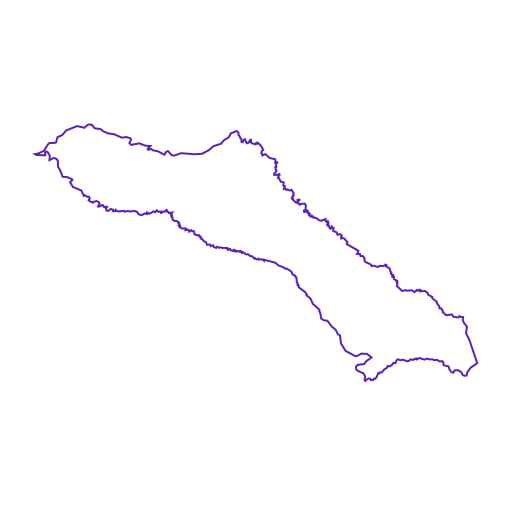 outline of Feliz Natal, Mato Grosso, Brazil, rotated 252°
{"feature_id": "56859067B37239416580706", "entity_name": "Feliz Natal", "entity_type": "district", "adm_level": 2, "iso_a3": "BRA", "parent_name": "Brazil", "parent_adm1": "Mato Grosso", "projection": "robinson", "projection_center": [-54.221, -11.85], "detail": "fine", "context": "isolated", "style": "outline", "palette": "violet", "viewbox_px": 512, "rotation_deg": 252, "n_neighbors": 0, "source": "geoboundaries", "source_scale": "gbopen_adm2", "svg_char_len": 6129}
<svg xmlns="http://www.w3.org/2000/svg" viewBox="0 0 512 512"><g transform="rotate(252 256 256)"><path d="M294.4,312.2L294.6,310.4L298.6,308.3L299.1,308.9L299.9,307.9L301.2,308.9L301.5,310.2L302.8,310.2L303.6,311.2L308.0,310.3L307.9,308.3L309.4,306.6L309.4,305.4L311.0,304.8L311.1,303.3L313.5,305.0L314.4,303.8L317.5,305.1L319.0,302.5L322.7,302.0L323.1,301.1L324.7,301.8L325.6,303.4L326.7,303.5L326.8,300.3L327.7,298.2L328.4,298.4L330.6,301.8L332.9,301.5L334.0,302.4L334.6,301.8L335.4,303.2L338.4,303.2L338.1,305.0L338.9,304.9L339.4,303.6L342.1,304.1L345.1,299.2L350.1,296.3L349.7,293.1L351.3,293.4L352.1,292.8L354.1,294.0L354.7,295.7L359.2,294.8L361.9,293.5L362.4,292.1L363.5,292.3L363.3,290.8L362.3,290.0L364.7,286.7L365.7,286.3L367.9,287.2L368.3,286.5L366.0,283.8L366.1,282.0L370.4,281.5L369.9,279.9L368.3,278.6L369.0,277.5L371.8,278.3L373.0,277.4L374.6,277.6L376.4,276.8L379.1,277.4L380.8,276.2L380.4,270.0L377.3,266.8L376.0,261.4L373.6,257.5L373.6,249.6L371.2,243.7L369.9,236.2L371.6,229.4L376.9,216.6L376.8,209.0L378.0,207.0L383.0,204.7L382.9,202.8L380.6,200.1L385.8,195.2L388.3,190.7L390.5,189.1L390.2,186.5L391.4,186.1L393.3,189.5L394.9,185.2L399.2,179.8L400.2,171.7L402.5,170.5L405.4,173.2L406.7,173.0L409.2,169.5L410.0,165.0L415.8,158.5L418.3,153.2L422.1,149.0L424.6,147.5L427.4,141.9L431.2,140.7L432.7,138.2L432.6,136.2L431.0,132.4L434.8,126.1L434.1,114.4L430.9,109.0L430.3,103.9L425.9,101.0L425.8,99.2L427.3,94.6L426.3,92.4L421.7,87.0L420.8,81.1L421.2,77.2L420.0,78.4L417.0,86.2L417.0,86.8L419.5,87.2L420.2,88.9L419.1,90.0L415.0,90.9L411.0,89.2L411.8,93.8L410.2,96.1L407.9,97.0L402.1,95.3L397.5,96.3L391.6,96.5L390.9,96.8L389.7,100.4L385.7,104.9L385.0,104.8L383.6,102.0L378.2,103.2L372.3,110.1L366.4,110.9L366.8,111.8L364.5,113.9L363.9,115.5L362.1,115.7L360.8,114.1L358.5,115.5L358.3,116.6L357.2,117.3L357.7,117.9L357.5,121.4L356.2,122.8L354.5,123.5L351.9,121.1L351.4,122.3L352.1,125.2L351.4,126.3L350.4,126.1L349.2,126.9L349.3,128.9L348.6,129.5L347.7,128.1L345.3,127.8L344.6,129.5L345.6,132.5L344.1,134.3L342.9,133.9L342.4,134.6L342.2,135.9L343.3,136.8L341.6,137.8L340.8,139.3L339.8,144.3L338.7,144.7L338.6,147.1L336.8,151.4L336.6,154.1L334.9,156.4L332.0,157.3L330.1,159.8L330.9,163.4L329.6,165.2L331.1,165.9L329.1,167.5L330.1,172.5L328.7,173.6L330.1,175.7L328.2,176.8L328.0,178.5L326.2,179.0L326.4,180.2L327.2,180.3L326.2,183.8L327.4,184.4L327.5,185.2L323.8,186.5L323.3,189.8L322.0,188.1L321.3,188.6L320.6,188.5L320.7,187.8L318.9,187.9L318.4,188.6L316.6,187.9L314.2,189.6L314.2,190.8L312.6,192.4L311.2,192.4L311.3,193.1L309.5,193.0L308.8,192.0L308.0,193.1L307.2,192.2L304.9,194.3L304.1,197.5L303.4,198.0L302.4,197.0L301.8,200.0L299.7,200.0L300.5,202.4L299.2,203.1L298.8,204.6L295.6,204.3L294.1,206.1L293.7,208.0L291.8,208.2L291.6,209.4L289.6,208.9L289.3,209.9L286.4,210.8L284.4,212.8L281.8,212.8L281.2,215.8L279.2,216.2L279.5,218.5L277.6,218.6L276.0,220.6L276.9,221.6L275.2,223.5L275.4,224.8L274.2,226.2L272.4,231.3L271.0,230.8L270.4,231.4L271.0,232.1L270.6,233.6L269.0,233.8L268.7,235.1L267.6,236.0L268.5,236.9L266.5,237.8L266.4,238.6L267.4,238.5L266.0,240.3L265.7,242.2L265.2,241.7L264.8,242.2L264.3,244.0L263.2,243.7L263.0,245.4L260.7,247.0L259.9,249.3L258.1,250.1L256.6,252.6L254.0,253.6L254.3,254.5L252.6,255.6L251.9,257.3L252.5,257.8L251.7,258.3L250.9,260.9L248.9,262.2L249.9,262.6L243.7,272.2L239.8,274.7L237.1,278.3L235.0,279.8L234.6,281.2L230.5,284.7L227.1,285.1L225.1,287.3L224.1,287.0L223.2,287.8L218.1,286.7L216.6,287.3L215.6,286.5L214.8,287.4L213.2,286.9L206.8,291.4L203.8,292.4L203.1,291.9L198.5,294.7L193.0,295.3L185.1,299.8L184.1,299.1L181.8,299.5L176.3,298.7L173.9,300.7L172.3,303.9L165.6,306.2L161.1,309.0L156.1,309.8L154.6,311.3L146.5,309.8L138.0,311.9L130.1,319.5L129.6,321.1L130.6,325.9L128.6,331.4L123.8,334.5L121.9,328.4L119.9,325.4L121.0,319.0L119.9,316.9L117.6,316.3L115.9,316.8L111.1,322.0L107.9,322.6L104.9,321.0L103.4,321.3L104.6,323.8L104.7,325.6L103.0,327.2L102.4,327.0L101.8,328.9L102.9,330.3L102.4,331.2L103.2,332.9L106.9,336.2L106.2,337.2L107.0,337.8L106.5,339.9L108.5,342.9L109.4,346.5L110.7,347.4L109.7,349.3L110.7,352.3L111.9,353.6L111.0,355.4L113.6,357.8L113.9,359.1L112.2,361.4L111.8,364.1L109.3,366.9L108.9,368.7L110.0,371.2L108.5,373.3L109.1,374.5L108.6,376.1L109.0,376.6L107.9,377.0L108.6,379.7L105.4,384.2L105.5,387.1L103.8,389.4L103.4,391.7L101.8,393.4L101.4,395.9L98.8,398.3L98.6,400.5L97.4,401.2L94.1,400.8L91.4,405.0L87.9,405.0L85.1,406.0L84.1,407.6L85.8,409.4L85.0,412.9L81.9,415.4L79.3,415.7L77.8,417.0L77.2,419.4L80.1,421.0L83.3,425.3L85.8,433.3L110.0,433.0L117.7,431.9L123.5,434.8L128.8,432.9L131.6,433.0L133.9,434.1L135.1,431.3L135.9,431.0L135.1,429.2L137.2,425.0L139.9,424.1L140.9,418.6L144.8,416.3L146.5,416.8L147.6,416.0L148.8,416.1L149.7,414.3L151.8,414.8L154.7,413.5L156.5,413.8L161.5,410.6L162.7,411.0L165.8,407.8L167.9,407.8L170.4,406.0L171.2,402.9L172.4,402.2L171.8,401.2L173.4,401.0L173.0,399.1L174.0,398.5L172.3,394.9L172.8,395.4L175.2,393.8L176.3,388.9L177.3,387.8L177.6,384.2L183.9,380.7L185.7,381.9L187.1,381.7L187.5,382.4L188.6,381.7L189.0,382.4L191.5,380.0L193.2,380.6L193.6,379.8L194.7,380.8L195.2,380.6L195.0,379.4L196.2,379.8L197.5,378.8L198.6,379.7L199.4,379.1L202.8,379.3L206.2,376.4L207.3,377.2L207.8,376.4L207.2,375.9L207.2,373.5L208.4,370.8L207.8,368.7L210.5,364.7L210.6,362.8L212.3,362.7L216.8,358.0L218.7,357.8L220.0,358.5L222.9,357.6L223.6,355.4L225.8,355.5L226.8,352.7L229.1,354.9L229.9,354.5L239.3,345.9L240.9,347.3L245.4,345.3L246.5,343.6L246.3,342.5L247.8,342.6L248.6,343.9L250.3,343.3L251.1,341.8L250.9,340.1L253.5,340.0L256.2,337.1L258.8,338.4L259.2,337.2L260.5,337.1L258.9,335.4L259.4,334.7L261.9,334.6L262.2,335.5L262.5,333.7L263.7,333.3L264.4,334.8L265.8,334.0L266.1,335.3L266.7,335.3L267.9,333.0L269.7,333.5L269.3,329.4L270.4,327.2L273.5,325.0L274.9,322.3L275.6,322.6L276.9,321.7L276.3,320.4L278.3,319.1L279.0,320.4L280.3,319.8L280.5,318.8L281.5,319.2L283.0,316.8L283.0,315.4L283.7,315.3L284.4,315.8L283.3,317.2L283.5,318.6L284.5,317.4L288.8,319.0L290.6,318.7L292.0,314.0L291.3,313.5L293.6,311.9L294.4,312.2ZM294.4,312.2L295.6,314.4L296.3,314.6L296.5,312.8L294.4,312.2Z" fill="none" stroke="#5b21b6" stroke-width="2"/></g></svg>